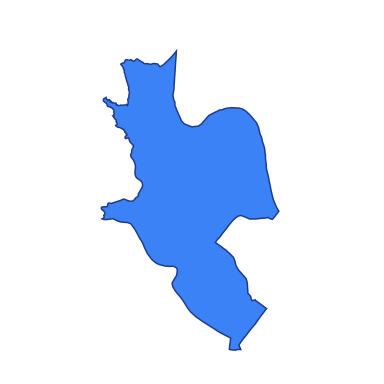 Mukh Kampul, Kândal, Cambodia (Albers equal-area conic projection), rotated 307°
{"feature_id": "14789045B82229492070205", "entity_name": "Mukh Kampul", "entity_type": "district", "adm_level": 2, "iso_a3": "KHM", "parent_name": "Cambodia", "parent_adm1": "Kândal", "projection": "albers", "projection_center": [104.942, 11.775], "detail": "fine", "context": "isolated", "style": "filled", "palette": "blue", "viewbox_px": 384, "rotation_deg": 307, "n_neighbors": 0, "source": "geoboundaries", "source_scale": "gbopen_adm2", "svg_char_len": 4874}
<svg xmlns="http://www.w3.org/2000/svg" viewBox="0 0 384 384"><g transform="rotate(307 192 192)"><path d="M116.4,136.3L117.0,138.2L118.2,139.8L119.7,141.6L121.8,143.5L123.1,145.0L123.5,146.8L123.9,149.4L125.1,152.9L126.8,155.8L128.9,159.1L129.8,162.4L129.1,164.7L127.9,168.7L126.7,171.4L125.4,174.2L123.3,178.6L122.7,180.9L121.3,183.8L119.2,187.2L117.1,191.2L116.0,193.4L114.8,197.5L114.0,200.4L113.7,203.8L113.7,206.6L114.3,209.3L115.6,212.4L116.7,215.1L118.2,217.5L119.8,219.8L121.2,221.2L121.7,222.6L122.0,224.7L121.6,226.5L119.9,227.9L116.1,229.9L111.7,230.3L107.2,230.9L104.8,233.6L103.1,237.7L102.1,241.5L101.1,245.9L100.2,249.2L99.2,251.9L96.7,258.3L95.4,263.2L94.7,270.3L95.0,278.2L95.5,284.8L96.0,291.0L96.3,296.1L97.2,302.7L98.2,308.2L98.7,310.7L95.5,312.6L91.7,314.7L88.8,316.5L89.5,318.2L90.7,320.1L91.9,321.9L93.6,323.1L95.5,325.8L98.0,321.5L103.8,321.3L104.6,321.3L108.0,321.4L108.7,321.5L113.5,321.5L117.2,321.5L125.2,321.9L125.9,321.9L133.4,321.6L136.6,321.6L139.8,321.7L142.2,321.6L143.8,321.8L143.6,308.3L143.9,307.3L142.3,306.2L141.5,305.5L142.4,303.3L144.0,301.6L144.7,297.7L149.2,293.8L152.6,290.9L155.2,287.7L155.8,285.5L156.7,280.8L157.7,276.2L158.4,274.3L159.7,271.4L163.1,267.2L164.7,264.4L165.4,259.9L166.0,254.4L165.9,250.4L165.9,246.2L165.8,241.0L169.2,240.9L171.8,241.3L174.2,241.3L178.6,241.3L183.7,241.5L189.3,241.5L193.5,241.7L197.5,242.4L200.5,243.4L202.5,245.0L203.2,246.6L204.2,250.1L205.1,254.2L207.0,256.8L208.7,259.0L211.6,262.0L213.6,264.3L215.3,266.2L217.2,267.9L217.9,271.1L218.5,272.6L219.9,272.8L222.7,272.9L226.2,272.9L228.8,273.0L230.3,269.4L232.5,265.5L234.9,261.5L238.0,257.6L240.5,254.6L243.2,251.6L245.4,249.1L247.3,246.9L249.1,245.1L250.5,243.4L251.6,242.1L252.2,241.3L253.8,239.3L255.6,237.2L258.3,235.1L260.8,232.6L263.2,230.3L264.1,229.7L265.5,228.6L267.8,226.2L269.8,224.5L271.0,223.1L272.5,221.1L274.3,218.4L277.3,214.9L279.5,211.2L282.3,207.8L283.7,206.2L286.1,201.9L286.3,201.1L286.4,200.4L287.4,196.6L288.6,190.9L289.0,186.0L288.6,182.2L288.0,180.7L287.3,179.0L284.9,175.5L283.0,172.7L280.4,169.9L278.3,168.1L275.0,166.0L274.0,164.5L272.5,164.0L269.5,162.4L267.1,161.2L265.2,160.3L263.1,159.4L261.8,159.3L260.5,159.2L259.5,159.2L255.5,158.8L252.4,158.7L248.4,157.4L243.9,152.6L241.8,145.1L242.4,141.0L246.2,134.1L248.6,130.0L250.8,126.3L253.4,124.3L254.7,121.9L257.4,118.9L259.1,117.8L261.7,116.5L263.1,115.8L267.7,112.7L272.1,109.8L295.2,94.7L290.6,94.6L285.0,94.0L279.3,93.1L275.9,92.4L273.6,91.5L272.8,91.0L273.5,87.4L272.2,85.1L271.2,83.6L270.0,82.9L268.9,81.9L268.2,80.3L267.8,79.3L266.4,77.6L265.8,76.6L265.9,74.6L265.6,72.5L265.4,70.5L265.4,68.2L264.7,67.7L263.7,67.4L262.9,67.3L261.9,67.1L261.1,66.6L261.1,65.2L261.0,63.6L259.9,63.1L259.2,62.0L258.4,60.4L257.7,59.6L257.0,59.4L255.6,59.8L254.2,60.0L253.6,59.4L252.4,58.5L251.2,58.2L250.7,60.0L250.1,61.9L249.2,63.1L248.3,64.8L246.7,66.0L246.2,67.1L245.2,68.5L244.2,69.1L243.2,70.8L242.3,71.9L241.5,72.8L240.8,73.9L239.8,75.4L238.7,76.6L238.2,77.6L237.3,78.7L236.1,79.3L234.8,80.9L233.7,82.3L232.2,82.9L231.2,83.5L229.5,84.7L228.3,84.7L227.7,84.9L226.9,85.3L225.9,86.4L224.5,87.5L223.9,87.8L223.2,88.2L222.2,88.4L222.4,87.6L222.5,86.9L221.9,86.8L221.2,86.3L219.7,84.4L218.8,83.6L218.5,82.7L217.0,81.8L216.7,80.4L216.6,79.7L216.0,79.1L216.8,78.4L217.2,77.9L216.3,76.5L215.9,75.9L216.0,75.1L215.2,74.6L215.4,73.7L214.9,72.8L215.7,72.9L215.5,71.8L215.9,71.1L216.0,70.3L215.2,70.1L214.4,70.0L215.0,69.1L214.7,68.1L215.3,67.1L215.8,66.5L214.9,66.3L213.7,65.4L212.1,65.8L211.4,66.5L211.2,67.8L211.3,70.1L210.9,71.3L209.9,72.4L209.6,73.2L210.1,74.0L210.4,75.0L210.9,77.2L210.7,78.9L210.5,80.2L209.7,80.9L208.8,81.5L208.1,82.1L207.8,82.7L207.0,83.1L206.3,83.1L205.7,83.7L205.2,83.0L204.9,83.9L204.5,84.5L204.4,85.5L204.0,86.1L204.0,87.1L203.7,88.1L203.2,88.7L202.3,89.3L202.1,89.9L201.9,91.0L201.4,91.4L200.1,91.1L199.1,91.1L199.0,92.8L199.1,93.8L199.7,95.0L200.1,95.6L200.2,96.5L200.5,98.8L200.8,100.0L200.3,100.5L200.1,101.8L199.4,102.3L199.4,103.2L199.1,104.0L199.2,105.1L198.3,105.0L197.9,105.8L196.4,105.3L195.7,105.5L195.0,105.9L194.7,106.7L195.3,107.4L196.9,108.3L197.0,109.1L195.7,110.7L194.8,112.2L194.4,113.9L194.1,116.1L193.5,117.8L191.9,118.2L189.4,118.6L187.2,120.1L184.9,120.5L183.3,122.2L182.3,125.7L181.3,127.8L179.7,130.2L177.7,132.0L174.8,133.7L172.0,135.7L171.1,137.0L170.4,138.0L169.9,139.8L170.1,142.4L170.0,145.1L169.3,146.7L168.5,147.7L167.5,148.6L166.8,149.0L165.2,149.4L163.2,149.7L161.6,149.9L158.8,150.2L157.8,150.4L156.7,151.6L154.6,151.0L153.2,150.5L151.8,150.7L149.2,150.2L147.5,148.3L146.3,145.5L146.0,143.5L145.0,141.4L142.1,139.9L139.1,137.8L135.9,135.5L134.2,134.3L133.6,133.0L133.3,132.2L131.7,132.0L129.3,133.0L128.1,131.7L126.1,129.4L125.3,128.9L124.6,129.2L123.8,130.1L123.7,131.8L123.9,132.8L122.8,134.9L122.0,135.8L120.4,135.5L118.9,137.2L117.5,136.8L116.4,136.3Z" fill="#3b82f6" stroke="#1e3a8a" stroke-width="1.5"/></g></svg>